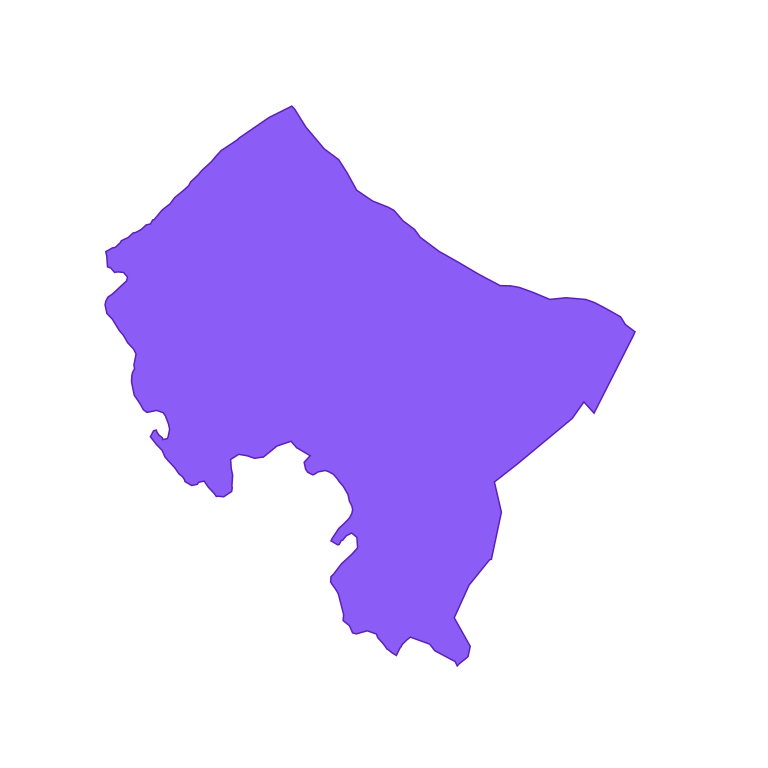 Sidfa, Asyut, Egypt (Equal Earth projection), rotated 348°
{"feature_id": "37247803B72914028370389", "entity_name": "Sidfa", "entity_type": "district", "adm_level": 2, "iso_a3": "EGY", "parent_name": "Egypt", "parent_adm1": "Asyut", "projection": "equal_earth", "projection_center": [31.35, 26.943], "detail": "fine", "context": "isolated", "style": "filled", "palette": "violet", "viewbox_px": 768, "rotation_deg": 348, "n_neighbors": 0, "source": "geoboundaries", "source_scale": "gbopen_adm2", "svg_char_len": 3420}
<svg xmlns="http://www.w3.org/2000/svg" viewBox="0 0 768 768"><g transform="rotate(348 384 384)"><path d="M139.4,196.6L139.4,201.4L137.9,211.9L140.8,213.7L143.7,218.9L146.6,218.9L152.4,220.7L153.4,222.5L155.3,226.0L153.8,229.5L139.3,238.2L136.3,239.9L132.0,241.6L129.1,245.1L127.6,248.6L127.6,257.4L131.9,264.4L136.2,276.7L139.1,281.9L142.0,290.7L146.3,297.7L147.7,303.0L146.3,306.5L143.3,313.5L143.3,317.0L141.9,318.7L140.4,320.5L138.9,324.0L137.5,329.2L137.4,336.2L137.4,343.2L138.9,346.7L140.3,350.2L141.7,353.8L143.2,359.0L146.1,362.5L154.8,362.6L156.2,362.6L162.0,366.1L163.5,369.6L164.9,378.4L164.9,383.7L161.9,390.7L160.5,392.4L159.0,392.4L157.6,392.4L156.1,392.4L156.1,390.6L154.7,388.9L153.2,387.1L151.8,383.6L151.8,381.8L148.9,381.8L147.4,383.6L146.0,385.3L144.5,387.0L148.8,395.8L153.2,402.9L154.6,409.9L157.5,415.1L161.8,422.2L164.7,429.2L167.6,432.7L169.0,436.2L169.0,438.0L174.8,443.3L176.3,443.3L180.6,443.3L182.1,441.6L187.9,441.6L190.8,448.6L195.1,455.7L196.6,459.2L198.0,459.2L203.8,461.0L208.2,459.2L212.6,457.5L214.0,454.0L214.0,452.3L215.5,447.0L216.2,444.4L217.0,441.8L217.0,438.3L217.0,434.8L218.1,427.7L218.1,426.0L227.2,422.6L232.9,424.8L235.3,425.8L240.0,428.6L242.0,429.8L246.1,430.0L249.2,430.2L250.7,430.5L263.9,423.7L266.4,422.4L281.2,420.7L285.3,428.2L296.9,438.8L289.6,444.0L289.6,451.0L291.0,454.5L295.4,458.0L296.8,458.0L301.2,456.3L308.5,456.4L311.4,458.1L312.5,459.0L313.9,460.2L315.7,461.7L318.6,467.0L320.0,470.5L322.9,475.7L325.8,484.5L325.8,491.5L327.2,496.8L327.2,500.3L325.7,503.8L324.3,505.5L322.1,508.1L315.5,512.5L309.7,515.9L306.0,519.6L300.9,524.6L299.5,526.4L305.3,531.7L306.7,531.7L309.7,528.2L311.1,528.2L315.5,524.7L321.3,523.0L325.6,528.3L324.1,538.8L316.9,544.0L308.1,549.2L305.2,550.9L295.0,559.6L292.1,561.4L290.6,566.6L292.0,570.1L293.5,573.6L294.9,577.1L295.7,580.0L295.8,582.4L296.0,587.7L296.1,589.4L296.3,594.7L296.6,601.1L294.8,606.9L300.0,613.3L301.5,620.9L305.1,622.7L306.4,622.6L310.7,622.3L313.6,622.1L316.5,622.0L317.7,622.8L324.6,627.0L325.1,630.7L329.0,637.5L330.2,640.0L331.1,642.1L331.6,643.5L333.0,645.0L336.0,648.6L338.3,650.8L339.6,652.1L341.5,649.7L342.9,647.9L344.6,645.8L346.0,644.6L347.9,642.4L352.9,639.2L357.2,637.1L360.1,638.9L367.0,643.2L374.5,647.9L375.3,649.2L378.1,655.3L381.7,658.4L386.0,662.0L393.6,668.4L395.9,670.3L397.0,675.0L398.9,673.6L409.5,668.2L413.8,658.5L404.1,627.3L424.3,599.9L425.3,598.5L450.7,577.9L452.6,577.8L472.2,533.8L471.6,502.8L493.5,492.1L498.4,489.7L521.2,477.7L535.7,470.1L561.0,456.8L575.8,443.1L583.4,456.2L614.9,417.1L638.1,388.3L639.5,386.3L640.4,385.0L639.5,384.2L632.6,376.2L632.4,375.9L629.4,367.5L623.6,362.4L615.2,355.0L606.5,347.9L598.8,343.2L580.1,337.5L563.7,335.7L549.6,325.9L536.5,317.7L528.2,314.3L518.2,312.0L505.1,301.1L499.4,296.3L480.6,279.1L465.4,265.7L449.9,248.0L446.1,239.3L439.4,231.6L436.7,228.6L429.9,216.3L424.9,212.0L410.8,202.6L397.6,188.8L391.7,169.4L386.3,155.1L374.5,141.7L361.0,116.5L353.7,96.4L351.6,93.0L327.3,99.3L324.3,100.5L318.0,103.1L293.8,113.1L290.9,114.8L282.2,118.3L273.4,121.7L266.1,126.9L261.8,130.4L253.0,135.6L250.1,137.3L245.7,140.8L237.0,146.0L234.1,149.5L228.2,152.9L218.1,158.1L212.2,163.3L204.9,166.8L202.0,168.5L193.3,175.5L191.8,175.4L188.9,178.9L184.5,178.9L178.7,182.4L172.9,184.1L170.0,184.1L164.2,187.5L156.9,189.2L155.4,191.0L152.5,192.7L149.6,194.5L146.7,194.4L140.9,196.2L139.4,196.6Z" fill="#8b5cf6" stroke="#5b21b6" stroke-width="1.5"/></g></svg>